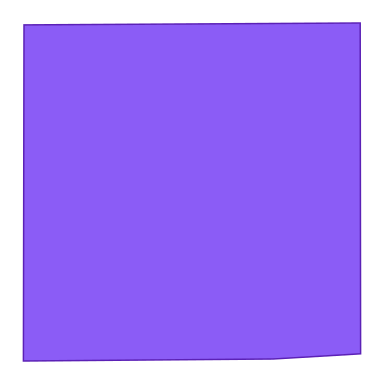 Garza, Texas, United States of America (Robinson projection)
{"feature_id": "52423323B20011668612695", "entity_name": "Garza", "entity_type": "district", "adm_level": 2, "iso_a3": "USA", "parent_name": "United States of America", "parent_adm1": "Texas", "projection": "robinson", "projection_center": [-101.32, 33.179], "detail": "fine", "context": "isolated", "style": "filled", "palette": "violet", "viewbox_px": 384, "rotation_deg": 0, "n_neighbors": 0, "source": "geoboundaries", "source_scale": "gbopen_adm2", "svg_char_len": 199}
<svg xmlns="http://www.w3.org/2000/svg" viewBox="0 0 384 384"><path d="M23.4,361.0L273.0,359.0L360.6,353.8L360.2,23.0L24.0,24.9L23.4,361.0Z" fill="#8b5cf6" stroke="#5b21b6" stroke-width="1.5"/></svg>